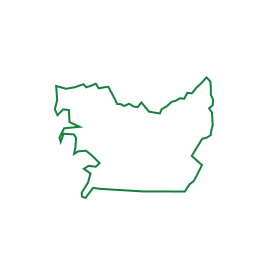 Taquaruçu do Sul, Rio Grande do Sul, Brazil, rotated 29°
{"feature_id": "56859067B25773622943364", "entity_name": "Taquaruçu do Sul", "entity_type": "district", "adm_level": 2, "iso_a3": "BRA", "parent_name": "Brazil", "parent_adm1": "Rio Grande do Sul", "projection": "equal_earth", "projection_center": [-53.496, -27.405], "detail": "fine", "context": "isolated", "style": "outline", "palette": "green", "viewbox_px": 256, "rotation_deg": 29, "n_neighbors": 0, "source": "geoboundaries", "source_scale": "gbopen_adm2", "svg_char_len": 1109}
<svg xmlns="http://www.w3.org/2000/svg" viewBox="0 0 256 256"><g transform="rotate(29 128 128)"><path d="M132.8,194.9L172.5,175.9L208.5,156.0L209.1,147.4L211.2,142.8L211.2,137.6L210.9,131.0L210.7,124.6L197.3,121.5L198.1,101.4L201.4,98.5L203.8,94.2L202.1,89.9L200.7,84.4L197.9,80.0L194.0,73.8L189.4,71.5L191.0,66.8L188.8,62.1L184.4,58.8L180.9,52.6L177.5,47.4L172.1,45.7L170.5,52.8L168.4,59.4L167.0,66.8L162.8,68.5L163.0,75.2L159.0,76.8L156.6,80.9L153.5,83.9L151.3,90.4L148.3,95.3L148.8,99.9L138.5,103.5L127.3,99.2L126.4,104.9L122.7,106.5L117.2,106.3L113.8,110.8L110.4,110.5L106.9,112.3L102.1,108.8L90.7,101.5L87.3,104.1L83.2,107.5L78.3,104.9L75.4,108.7L71.7,112.7L68.0,111.3L64.1,115.3L61.7,118.2L54.8,123.7L44.8,126.1L52.5,137.9L54.9,147.1L60.1,151.0L62.3,143.1L67.6,141.0L74.0,151.2L85.1,150.4L72.3,159.2L72.7,169.7L75.9,172.8L74.4,164.3L83.8,159.8L87.4,161.9L91.4,170.4L93.4,176.8L95.7,172.6L102.2,168.3L108.8,169.3L120.2,172.5L118.6,177.5L111.9,180.2L109.2,185.1L117.2,185.9L119.5,195.1L118.9,207.0L120.9,210.3L124.7,209.8L126.5,197.2L132.8,194.9Z" fill="none" stroke="#15803d" stroke-width="2"/></g></svg>